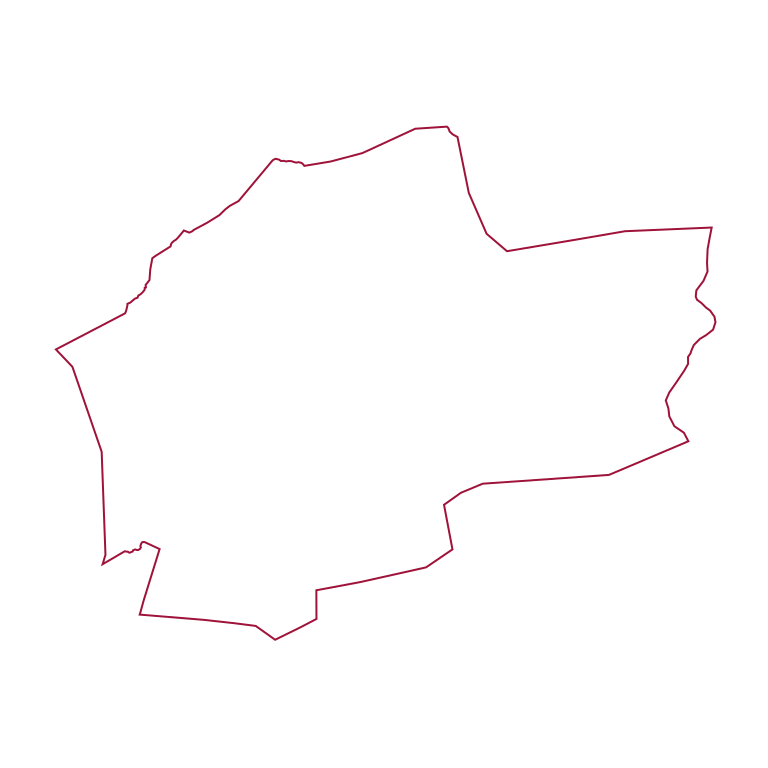 Aleiro, Kebbi, Nigeria, rotated 92°
{"feature_id": "59680162B45442733436767", "entity_name": "Aleiro", "entity_type": "district", "adm_level": 2, "iso_a3": "NGA", "parent_name": "Nigeria", "parent_adm1": "Kebbi", "projection": "equal_earth", "projection_center": [4.44, 12.319], "detail": "fine", "context": "isolated", "style": "outline", "palette": "rose", "viewbox_px": 768, "rotation_deg": 92, "n_neighbors": 0, "source": "geoboundaries", "source_scale": "gbopen_adm2", "svg_char_len": 1959}
<svg xmlns="http://www.w3.org/2000/svg" viewBox="0 0 768 768"><g transform="rotate(92 384 384)"><path d="M134.5,319.2L132.9,322.6L132.0,324.2L130.6,325.8L129.3,327.3L127.5,327.9L125.8,328.8L124.6,330.1L127.8,361.7L154.0,413.7L163.5,445.1L168.4,469.3L168.8,471.2L167.7,472.1L166.4,473.4L165.7,474.9L165.3,477.3L165.8,479.5L165.5,481.0L164.5,484.5L164.5,487.3L165.0,489.6L164.5,491.6L164.7,494.9L163.5,496.5L162.7,500.1L163.7,502.3L164.7,503.4L206.2,535.7L211.4,544.4L215.1,548.8L220.9,554.3L228.9,566.2L236.7,579.6L238.0,580.9L239.5,583.8L239.2,584.6L237.6,589.4L240.3,591.4L245.5,595.5L246.7,596.6L247.3,597.3L248.0,598.4L248.6,599.3L249.1,599.6L249.6,600.3L250.3,600.9L251.1,601.4L251.7,601.7L252.2,601.9L252.8,601.8L254.0,602.2L263.8,616.6L266.3,619.9L277.7,621.6L288.3,622.0L293.4,625.7L295.8,625.3L296.2,626.5L298.2,626.5L300.7,628.4L302.7,630.3L304.2,632.6L306.4,633.4L307.3,635.8L311.5,640.4L312.8,643.2L314.4,643.2L318.2,643.9L320.6,644.5L322.4,645.2L360.9,713.1L377.7,696.0L461.6,663.8L564.6,656.4L564.8,656.5L573.9,658.9L560.2,637.2L560.5,635.7L560.5,634.2L561.2,633.2L561.5,632.3L560.1,629.3L559.0,629.0L558.0,626.9L558.4,625.8L558.6,624.1L557.5,622.3L555.9,621.3L554.5,621.8L552.7,621.3L551.1,620.6L550.4,619.8L550.3,617.8L556.8,602.5L608.6,616.6L621.6,619.7L623.0,620.1L626.0,555.8L628.3,525.1L630.1,505.4L630.3,503.7L641.4,486.9L643.4,483.9L629.9,458.7L622.6,445.8L621.2,443.3L592.5,444.4L582.8,400.9L565.8,335.6L546.9,309.8L502.6,319.8L490.0,303.3L480.2,281.9L467.0,156.0L430.6,77.8L422.2,82.6L416.1,92.3L406.5,97.7L398.6,98.9L390.6,101.8L382.5,98.6L372.8,92.3L360.5,84.6L353.3,80.8L346.3,81.1L342.8,78.8L338.8,77.6L334.2,75.7L327.9,69.9L323.9,63.8L318.2,57.0L310.7,54.9L305.2,56.1L299.3,60.6L296.4,64.8L291.9,69.7L288.9,74.1L285.8,75.5L279.5,75.1L269.8,68.3L260.3,64.6L251.6,65.4L238.0,65.3L226.3,63.6L216.2,62.0L222.9,148.4L233.3,198.5L247.0,265.7L230.3,286.7L190.1,305.9L134.5,319.2Z" fill="none" stroke="#9f1239" stroke-width="2"/></g></svg>